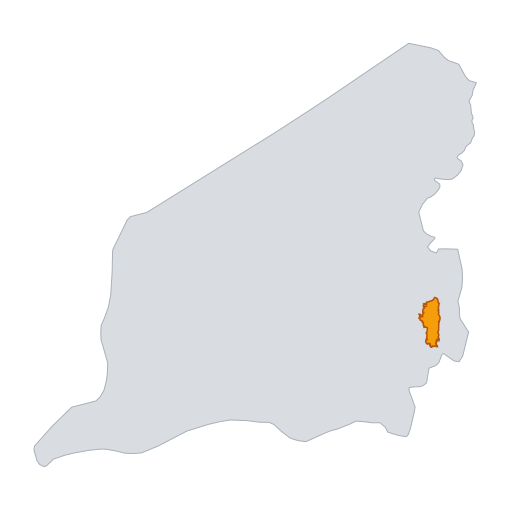 location of As-Suqaylabiyah, Hamah, Syria, rotated 182°
{"feature_id": "27442178B45767266881892", "entity_name": "As-Suqaylabiyah", "entity_type": "district", "adm_level": 2, "iso_a3": "SYR", "parent_name": "Syria", "parent_adm1": "Hamah", "projection": "equal_earth", "projection_center": [36.361, 35.476], "detail": "fine", "context": "in_parent", "style": "filled", "palette": "amber", "viewbox_px": 512, "rotation_deg": 182, "n_neighbors": 0, "source": "geoboundaries", "source_scale": "gbopen_adm2", "svg_char_len": 6327}
<svg xmlns="http://www.w3.org/2000/svg" viewBox="0 0 512 512"><g transform="rotate(182 256 256)"><path d="M49.4,157.4L54.3,158.0L64.8,164.8L66.5,164.6L69.7,155.6L72.8,152.6L79.2,149.9L81.1,135.3L84.1,132.5L87.7,131.0L93.3,130.8L98.2,129.9L98.5,127.3L91.7,110.5L92.3,106.3L95.5,89.5L97.6,82.9L99.5,80.7L107.2,81.6L118.0,84.5L120.9,89.4L126.2,93.7L134.1,93.4L143.2,94.2L150.4,94.5L156.1,91.4L168.9,85.8L175.3,83.9L181.0,81.4L199.6,72.2L207.0,72.9L212.1,74.1L216.1,75.6L224.9,81.9L232.2,88.3L237.3,90.2L246.4,90.0L259.6,91.2L275.9,91.2L285.3,89.4L297.3,86.2L318.8,78.7L346.8,62.9L363.3,55.3L370.5,54.4L379.8,54.3L389.2,56.3L399.8,57.7L404.7,57.6L416.1,56.0L430.9,52.8L440.2,50.2L451.4,45.9L458.2,38.8L460.5,38.1L463.4,39.4L464.8,39.9L467.8,43.9L471.1,54.3L471.1,55.5L470.6,58.5L463.5,67.0L453.8,78.7L446.8,86.0L434.9,98.5L425.9,101.1L410.8,105.6L406.8,109.9L403.1,116.9L401.1,126.6L400.5,132.6L400.4,143.8L404.2,155.5L407.9,166.7L408.5,174.1L408.3,181.4L405.1,189.3L401.7,200.0L399.8,212.1L399.2,234.9L399.5,254.3L399.3,257.5L393.2,271.2L386.1,287.3L382.8,291.0L366.6,295.8L349.0,307.6L329.4,320.8L311.5,332.8L292.8,345.4L273.3,358.5L259.3,367.9L240.6,380.4L223.5,392.4L206.2,404.5L193.1,413.8L173.0,428.4L161.3,437.0L144.0,449.6L128.8,460.7L110.7,473.9L88.0,470.0L80.9,467.7L75.0,461.4L70.7,458.1L60.0,454.7L53.1,442.9L49.0,438.7L41.8,436.8L44.9,429.2L45.5,424.3L48.6,418.2L46.7,414.2L45.7,405.8L44.4,403.7L43.9,401.5L45.0,398.8L44.5,396.0L43.3,394.8L42.8,390.6L41.8,387.5L42.3,383.7L43.9,381.3L45.5,376.5L47.4,375.1L50.4,372.1L51.2,369.1L54.0,366.0L57.6,363.6L58.4,361.6L57.9,360.4L54.2,358.2L52.3,354.3L54.0,348.6L55.2,346.8L57.4,344.0L62.3,339.8L66.1,339.1L69.4,339.1L75.0,339.5L79.3,340.2L80.4,339.2L80.2,337.8L74.9,334.3L74.6,331.6L75.9,328.7L79.7,324.0L84.2,320.6L86.5,320.0L91.6,313.2L94.9,305.6L89.6,287.0L86.4,284.1L81.1,281.5L78.1,281.1L77.8,279.9L81.9,275.2L84.9,271.1L81.6,267.2L75.8,265.4L73.7,269.4L66.2,269.8L54.7,269.8L49.6,250.2L48.9,241.8L49.1,232.0L52.6,217.7L50.9,211.1L50.8,206.7L49.9,200.6L40.9,187.4L45.9,163.3L49.4,157.4Z" fill="#d9dde1" stroke="#a8b0b8" stroke-width="1"/><path d="M82.3,174.3L81.8,174.2L81.4,174.0L81.2,174.3L81.3,174.5L81.2,174.7L81.0,174.8L80.6,174.8L80.4,174.7L80.3,174.4L80.1,174.2L80.0,174.4L79.6,174.5L79.1,174.6L79.0,174.4L78.9,174.3L78.8,173.8L78.8,173.2L79.2,173.1L79.2,172.8L79.1,172.5L78.8,172.2L78.7,171.9L78.2,171.2L77.9,170.9L77.6,170.9L77.4,170.9L77.2,171.0L77.1,171.3L77.1,171.6L77.0,172.2L76.9,172.2L76.5,172.0L76.3,171.8L76.1,171.8L75.7,171.7L75.6,171.8L75.4,171.9L75.2,172.1L74.7,172.4L74.2,172.3L73.6,172.0L73.3,171.9L71.5,171.7L71.7,172.6L71.8,172.9L72.4,173.3L72.6,173.5L72.8,173.7L72.8,173.8L73.4,174.5L73.3,175.0L73.0,174.7L72.9,174.7L72.8,174.9L72.9,175.3L73.0,175.4L72.9,175.6L73.0,175.8L72.9,175.9L72.8,176.0L72.6,176.2L72.5,176.9L72.9,177.3L72.8,178.1L72.8,178.3L72.6,178.7L72.4,178.8L72.4,178.7L72.4,178.4L72.5,178.4L72.6,178.2L72.4,178.1L72.4,177.9L72.3,177.7L72.5,177.8L72.6,177.7L72.4,177.5L72.2,177.5L72.3,178.0L72.2,178.0L72.2,177.8L72.1,178.0L72.1,178.3L72.2,178.5L71.9,178.6L71.7,178.9L71.4,178.9L70.8,178.8L70.8,178.7L70.7,178.6L70.5,178.4L70.4,178.3L70.5,178.2L70.2,177.9L69.9,179.1L69.9,179.3L70.2,179.5L70.6,179.9L70.6,180.0L70.4,180.1L70.4,180.4L70.5,180.5L71.0,180.7L71.1,181.3L70.9,182.3L70.8,182.6L70.6,182.7L70.6,184.2L71.1,184.8L71.2,185.1L71.3,186.0L71.5,186.0L71.4,186.2L71.4,186.4L71.4,186.8L71.4,187.3L70.9,187.8L70.9,188.9L71.0,192.8L70.9,193.0L71.0,195.4L71.1,195.7L70.9,195.8L71.0,196.5L70.6,196.5L70.5,196.9L70.5,197.2L70.7,197.3L70.8,197.5L70.1,198.2L70.0,198.6L70.0,198.8L70.2,199.1L70.2,199.3L70.1,199.5L69.9,200.0L69.9,200.4L69.9,200.7L70.0,201.0L70.0,201.3L70.1,201.5L70.3,202.0L70.5,202.4L70.5,202.6L71.5,204.2L71.8,204.5L71.3,205.8L71.3,206.0L71.4,206.4L71.5,206.7L71.8,207.3L71.9,207.5L72.0,207.6L71.9,207.8L72.0,208.0L71.5,208.1L71.5,208.9L71.7,209.6L72.0,210.4L71.8,211.2L71.8,212.1L71.6,212.7L71.6,213.4L71.5,214.1L71.2,215.1L71.5,215.1L71.9,215.4L72.2,215.7L72.4,216.0L72.5,216.4L72.4,217.2L72.5,217.6L72.7,218.1L72.8,218.2L73.1,218.6L73.1,218.8L73.1,219.0L73.1,219.5L74.1,220.0L75.0,220.7L76.1,220.7L76.0,220.4L76.4,219.8L77.4,218.5L78.0,218.1L78.0,217.7L79.2,217.3L79.4,217.4L79.6,217.1L80.2,217.0L82.4,216.1L82.8,216.0L83.1,216.0L83.1,215.9L83.9,215.8L83.9,214.5L83.9,214.4L83.9,214.2L83.9,213.9L84.0,214.0L84.1,213.8L84.2,214.0L84.3,214.0L84.3,213.8L84.5,214.0L84.6,213.9L84.8,214.0L85.0,213.9L85.1,213.7L85.2,213.8L85.2,214.1L85.2,214.3L85.4,214.2L85.3,213.9L85.5,213.9L85.7,214.1L85.8,213.9L85.9,213.7L86.0,213.8L85.9,213.9L86.2,214.0L86.2,213.9L86.1,213.7L86.3,213.7L86.2,213.9L86.3,213.9L86.6,213.9L86.4,213.6L86.4,213.4L86.5,213.3L86.6,213.2L86.5,213.5L86.7,213.8L86.8,213.8L86.8,213.7L86.6,213.7L86.8,213.2L86.8,212.8L86.9,212.6L87.0,211.5L86.3,211.4L85.8,211.4L85.3,211.3L85.6,211.2L85.8,211.1L85.9,210.8L86.0,210.5L86.1,209.9L86.1,209.6L86.7,209.7L87.3,208.1L87.4,207.0L87.4,206.9L87.4,206.7L87.4,206.2L87.3,205.6L86.6,205.5L86.3,205.5L86.3,205.4L86.4,205.2L86.5,204.9L86.7,204.7L87.0,204.6L87.1,204.4L87.1,204.2L87.3,203.9L87.4,203.7L87.4,203.4L87.4,203.2L87.5,203.1L87.3,201.3L87.8,201.3L89.1,200.8L89.3,200.9L89.4,201.0L89.4,201.3L89.4,201.6L89.5,202.0L89.4,202.1L89.2,202.3L89.3,202.4L89.2,202.7L89.3,202.7L89.6,202.6L89.7,203.0L89.8,203.2L89.9,203.4L90.0,203.5L90.5,203.5L90.8,203.6L91.1,203.5L90.7,203.0L90.7,202.9L90.6,202.7L90.3,202.4L90.2,202.0L90.2,201.9L90.1,201.7L90.3,201.4L90.3,201.2L90.8,200.0L91.0,199.6L90.9,199.4L90.5,199.1L90.1,198.8L89.8,198.7L89.7,198.2L89.7,197.7L89.4,197.6L89.2,197.6L88.9,197.5L88.9,197.4L88.6,197.3L88.2,197.1L87.9,197.1L87.6,196.9L87.6,196.7L87.8,196.5L87.7,196.4L87.6,196.2L87.6,195.8L87.2,195.8L86.7,195.7L86.4,195.6L86.4,195.4L86.6,194.7L86.5,194.4L86.5,193.1L86.4,192.9L86.0,192.8L85.7,192.2L85.9,191.5L85.8,191.1L85.6,190.6L85.0,191.0L84.6,191.1L84.5,190.7L84.3,190.6L83.2,190.6L82.5,190.4L82.3,190.2L82.2,189.9L82.2,189.3L82.2,188.5L82.4,187.9L82.4,187.6L82.3,187.1L82.3,186.7L82.6,186.4L82.6,186.1L82.7,185.6L82.8,185.3L83.2,185.2L83.2,184.9L83.0,184.4L82.7,184.4L82.4,183.9L82.4,182.6L82.5,181.7L82.5,181.3L82.4,180.8L82.4,180.4L82.6,180.1L82.8,179.5L82.8,179.3L82.7,178.9L82.4,178.8L82.0,178.9L81.8,178.8L81.8,178.6L81.8,178.4L83.1,178.3L83.2,178.1L83.4,177.0L83.3,175.8L82.3,174.4L82.3,174.3Z" fill="#f59e0b" stroke="#b45309" stroke-width="1.5"/></g></svg>